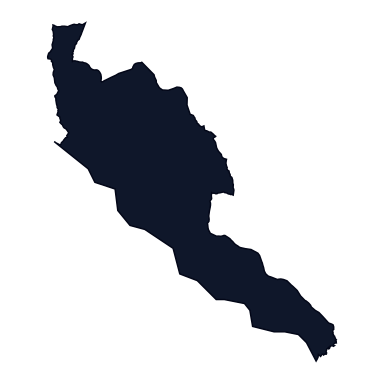 the district of Juaben Municipal, Ashanti, Ghana
{"feature_id": "2480657B53382680619634", "entity_name": "Juaben Municipal", "entity_type": "district", "adm_level": 2, "iso_a3": "GHA", "parent_name": "Ghana", "parent_adm1": "Ashanti", "projection": "orthographic", "projection_center": [-1.389, 6.756], "detail": "fine", "context": "isolated", "style": "filled", "palette": "ink", "viewbox_px": 384, "rotation_deg": 0, "n_neighbors": 0, "source": "geoboundaries", "source_scale": "gbopen_adm2", "svg_char_len": 5715}
<svg xmlns="http://www.w3.org/2000/svg" viewBox="0 0 384 384"><path d="M48.0,58.7L50.8,59.1L51.5,59.9L51.4,61.3L52.7,62.6L52.7,64.6L53.5,67.7L54.3,69.2L54.1,70.2L53.3,72.3L53.1,74.9L54.3,77.8L54.9,82.8L56.2,85.6L57.2,86.7L57.8,89.0L58.8,90.8L58.4,91.2L56.8,94.3L56.1,94.9L54.9,95.7L54.9,96.7L55.9,98.4L55.9,100.3L56.6,104.5L57.1,105.9L57.2,107.7L57.7,108.4L58.3,109.1L58.2,109.8L57.9,110.6L58.1,111.9L57.7,112.8L57.0,114.9L59.8,117.0L59.9,118.2L60.7,120.5L59.9,122.4L61.4,124.0L62.4,124.8L63.3,126.8L64.2,127.9L65.8,128.7L67.1,130.3L68.7,132.7L68.6,132.8L67.7,134.4L66.8,135.6L67.4,137.1L67.2,137.1L65.6,137.8L63.8,140.0L63.7,140.2L63.5,140.4L63.4,140.7L63.3,140.8L63.2,141.1L62.9,141.4L62.5,141.8L61.9,142.2L61.5,142.7L61.3,143.0L61.2,143.3L61.0,144.1L60.7,144.5L60.4,144.7L59.9,144.7L59.2,144.6L58.9,144.4L58.4,144.1L57.9,143.8L57.5,143.6L57.0,143.4L56.5,143.1L56.1,142.9L55.6,142.6L54.8,141.9L54.2,141.6L88.2,168.8L94.9,182.3L115.1,189.0L117.8,210.5L130.0,225.4L144.8,229.4L173.1,248.3L179.8,273.9L197.3,280.6L216.2,299.5L224.3,299.5L244.5,303.5L249.9,310.3L252.6,326.4L274.1,331.8L284.9,331.8L298.4,334.5L306.5,342.6L316.1,361.0L317.2,359.1L317.4,358.6L318.0,357.4L318.4,354.5L320.6,356.4L321.4,355.2L322.3,354.1L323.2,354.5L323.6,355.0L324.2,354.5L325.3,354.1L325.7,354.1L326.2,354.2L326.4,353.9L325.8,353.7L325.5,353.5L326.5,352.5L326.0,351.5L326.6,349.8L326.8,349.1L327.8,348.2L328.1,348.4L328.5,348.7L328.6,347.7L328.9,347.7L329.5,348.2L329.7,347.7L329.4,346.9L330.2,346.7L330.4,346.2L330.4,345.9L332.6,345.8L333.4,346.3L334.3,345.7L333.9,345.6L333.3,345.3L333.6,344.3L334.4,343.3L335.0,343.3L335.5,342.7L335.6,342.3L336.3,342.7L336.2,341.3L335.3,340.8L335.8,340.3L336.3,339.8L335.6,339.1L335.3,338.2L334.8,337.2L334.5,336.1L333.8,335.8L333.4,334.9L333.4,334.4L332.7,333.4L332.9,333.0L333.1,332.8L332.7,332.1L333.0,329.7L333.7,329.4L333.7,326.9L333.1,324.9L331.7,324.1L328.6,323.0L323.2,317.0L319.0,312.6L315.1,310.3L311.3,307.0L310.6,305.3L308.6,303.0L306.0,300.9L305.0,300.5L300.6,296.0L297.2,290.5L293.0,286.5L291.1,284.9L287.0,280.8L283.5,279.5L280.8,279.0L278.7,279.2L277.5,279.5L276.1,279.0L271.0,277.0L268.4,276.2L266.2,274.3L265.5,273.4L264.3,271.0L263.6,267.6L262.8,265.1L262.3,263.0L261.7,261.6L260.8,259.0L259.6,255.6L257.9,253.2L251.0,249.5L245.4,248.7L240.4,247.6L238.9,246.9L238.0,246.1L237.3,245.7L235.1,244.3L234.3,243.3L233.4,242.7L233.1,242.0L232.4,241.2L231.9,240.9L231.4,240.4L230.2,239.0L229.5,238.4L228.3,237.6L225.0,235.5L224.0,235.4L222.3,236.0L220.8,236.3L218.5,236.1L216.5,236.2L210.3,233.3L208.4,229.6L208.0,227.8L207.6,223.8L207.4,223.0L208.3,222.2L208.9,221.4L209.1,219.6L209.0,218.1L208.7,216.1L209.4,211.1L210.1,207.6L210.5,205.1L210.5,203.1L210.0,201.5L210.1,200.9L210.5,200.3L211.4,199.2L211.6,198.7L211.6,198.1L211.3,195.8L211.7,192.6L212.8,193.2L214.4,193.2L215.4,193.6L215.9,193.8L217.2,193.6L217.7,193.1L220.0,192.8L221.6,192.4L223.7,191.9L224.5,192.6L225.4,192.6L226.0,192.9L226.8,192.9L227.7,193.6L229.1,194.1L230.2,194.1L230.8,194.6L231.7,194.4L233.2,195.1L233.9,190.2L233.7,189.1L233.1,187.6L233.3,184.6L232.8,183.2L232.7,180.1L232.2,178.6L232.1,178.1L231.8,177.4L230.3,176.2L230.1,174.9L230.1,174.4L229.3,173.0L229.0,171.0L227.8,170.3L226.9,168.8L227.2,167.7L226.4,165.6L225.9,163.2L226.2,160.8L226.4,159.7L226.5,159.3L223.5,158.4L221.8,156.7L221.3,154.4L218.5,151.3L217.5,149.6L216.6,147.8L215.5,142.5L214.6,141.0L213.5,139.6L213.2,138.6L213.6,137.7L215.5,136.6L215.7,136.3L214.9,135.8L214.6,135.5L214.3,135.3L213.9,134.8L213.5,134.3L212.6,133.6L211.3,132.4L210.9,132.2L210.7,132.1L210.4,132.1L209.5,132.1L208.8,131.9L208.6,131.8L208.4,131.7L208.0,131.4L207.4,131.1L207.1,131.0L206.6,130.8L205.6,130.6L205.2,130.4L204.9,130.2L204.7,130.0L204.6,129.8L204.5,129.3L204.0,126.6L204.0,126.3L203.9,125.9L201.9,126.8L200.6,126.4L199.3,125.3L198.5,124.1L197.2,123.3L196.7,121.4L195.2,119.7L194.9,118.0L194.0,116.8L193.3,115.5L190.1,114.2L187.0,105.0L187.2,97.6L183.0,90.3L182.8,89.7L182.4,89.1L182.0,88.6L181.7,88.4L181.5,88.2L181.2,87.9L180.2,87.6L179.7,87.4L176.9,87.1L173.3,88.6L168.3,90.3L162.5,90.0L159.4,87.8L156.3,82.6L156.2,80.4L154.6,77.1L154.0,74.7L141.8,62.3L140.7,62.8L138.0,62.9L137.0,63.2L136.0,63.4L134.3,64.4L132.9,67.0L132.6,68.4L131.2,69.4L119.3,73.3L118.7,73.5L115.7,75.3L111.3,77.3L105.1,80.4L104.7,80.5L104.0,80.9L103.1,81.6L102.9,81.7L101.8,81.9L101.2,81.5L101.1,81.3L101.0,80.9L101.0,79.7L101.2,79.1L101.3,78.3L101.3,77.8L101.2,77.0L101.2,76.6L101.1,76.1L101.0,75.4L100.9,74.8L100.8,74.3L100.3,73.4L99.8,72.4L99.1,71.5L98.5,70.8L98.2,70.6L97.9,70.4L96.9,69.9L94.2,70.0L93.7,69.9L93.4,69.8L93.1,69.8L92.7,69.5L92.3,69.4L91.9,69.2L91.3,68.8L91.1,68.7L90.8,68.4L90.6,68.1L89.9,67.3L88.9,65.4L87.4,64.1L85.9,63.2L85.6,63.1L85.2,63.0L84.8,62.9L84.3,62.9L83.9,62.8L83.2,62.4L82.3,62.1L82.1,62.1L81.8,62.2L81.4,62.2L80.4,62.1L79.4,62.0L78.8,61.8L77.2,61.3L76.8,61.3L75.3,60.9L73.7,60.9L73.3,61.0L72.9,61.1L72.5,61.4L72.4,59.5L72.4,59.0L72.4,58.2L73.0,56.9L72.5,55.8L72.0,54.5L73.0,54.0L73.0,53.5L72.5,52.7L73.3,51.4L73.4,49.8L74.4,48.4L74.8,46.3L74.8,45.4L76.5,43.5L76.4,42.6L76.9,42.0L77.5,40.6L79.2,39.2L79.6,37.7L81.1,34.5L81.9,32.2L82.2,31.5L85.4,23.0L82.6,24.7L80.9,24.5L79.4,23.9L78.9,23.9L77.8,24.7L75.9,24.7L74.3,24.3L73.2,24.5L69.9,25.7L68.1,26.6L67.7,26.7L64.5,26.2L62.0,26.2L60.0,26.8L59.1,26.7L57.6,26.9L55.4,26.2L54.5,25.5L53.0,25.0L53.1,26.3L52.9,27.0L52.3,29.6L52.7,30.2L53.2,31.5L53.3,32.2L53.4,32.8L53.5,34.0L53.6,34.8L53.4,35.3L53.3,35.7L53.4,36.4L53.7,37.0L53.8,37.5L53.8,38.0L53.4,38.9L53.3,39.4L53.3,40.9L53.2,41.3L53.0,41.6L52.9,42.2L52.1,44.8L52.6,47.9L52.5,48.4L52.3,48.8L51.4,50.1L51.2,50.6L50.8,50.9L50.7,51.4L50.1,52.0L48.7,53.2L48.1,55.1L47.7,56.4L47.7,57.6L48.0,58.7Z" fill="#0f172a" stroke="#020617" stroke-width="1.5"/></svg>